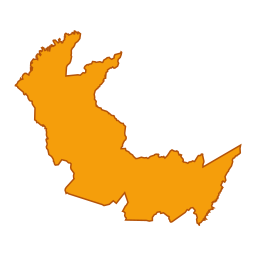 the district of Nossa Senhora do Livramento, Mato Grosso, Brazil, rotated 180°
{"feature_id": "56859067B77677345991641", "entity_name": "Nossa Senhora do Livramento", "entity_type": "district", "adm_level": 2, "iso_a3": "BRA", "parent_name": "Brazil", "parent_adm1": "Mato Grosso", "projection": "natural_earth1", "projection_center": [-56.488, -15.933], "detail": "fine", "context": "isolated", "style": "filled", "palette": "amber", "viewbox_px": 256, "rotation_deg": 180, "n_neighbors": 0, "source": "geoboundaries", "source_scale": "gbopen_adm2", "svg_char_len": 5840}
<svg xmlns="http://www.w3.org/2000/svg" viewBox="0 0 256 256"><g transform="rotate(180 128 128)"><path d="M225.1,185.9L226.2,183.4L226.9,182.9L227.2,181.0L230.0,182.7L231.3,182.6L232.7,181.5L233.8,179.3L233.2,176.9L234.5,176.5L235.4,177.6L235.9,175.8L237.8,174.5L238.8,172.3L240.5,170.9L240.6,170.3L238.9,169.8L238.2,169.2L238.2,168.5L232.6,163.8L232.3,162.0L231.9,161.5L231.3,161.3L230.2,162.3L229.6,161.2L228.5,160.4L227.7,157.5L226.9,156.1L226.2,155.3L223.9,154.7L223.8,152.5L223.4,151.5L221.0,148.0L221.3,136.1L219.9,135.4L219.1,133.4L218.1,133.6L215.2,131.0L214.0,130.8L213.6,130.1L212.9,131.0L212.2,130.6L212.2,129.9L211.7,129.9L210.8,129.1L211.0,127.5L209.6,127.4L209.8,125.3L209.4,124.0L209.6,121.0L208.9,118.7L208.0,117.8L208.3,117.0L208.9,117.4L209.6,117.0L209.9,116.5L209.7,115.1L208.8,112.4L208.9,111.1L209.7,109.2L209.3,107.6L208.1,106.2L207.1,101.5L204.4,99.5L203.0,97.3L202.6,96.4L202.5,94.5L201.9,93.9L201.5,92.1L201.0,91.2L200.4,90.9L197.7,91.3L194.2,96.3L189.5,95.1L187.5,93.2L185.8,93.0L184.9,92.1L185.3,88.5L185.0,87.0L181.9,82.7L182.5,80.3L182.3,78.0L181.9,77.3L189.7,68.7L190.7,67.1L190.9,65.7L189.9,62.6L189.0,63.3L187.3,62.2L153.3,51.3L152.6,50.6L151.7,50.5L146.7,51.7L142.7,55.2L139.7,52.7L131.3,63.3L128.0,53.6L129.7,50.7L130.7,49.8L133.4,44.7L132.6,44.6L130.9,43.1L131.3,40.3L130.6,38.8L129.9,38.3L129.8,37.2L130.4,36.0L109.5,35.6L106.7,34.9L103.6,35.5L103.6,38.7L101.6,41.4L100.0,41.9L99.1,43.5L98.6,43.8L96.0,44.3L95.3,42.6L92.5,43.2L88.4,40.0L87.0,39.4L87.1,37.2L86.3,36.0L85.9,34.5L85.1,33.9L83.9,34.3L70.8,43.6L68.8,46.4L67.3,45.7L65.3,48.0L63.2,48.4L60.9,45.7L61.1,44.7L62.2,43.3L62.1,42.7L59.7,41.7L58.7,38.2L59.4,36.8L58.9,33.0L57.7,32.4L57.2,31.2L56.7,31.0L56.7,32.8L55.0,33.6L53.2,35.8L52.3,35.8L52.4,36.6L51.4,36.2L51.7,37.3L49.9,37.0L51.1,38.5L50.6,39.0L50.8,39.6L49.7,40.9L48.7,41.0L49.3,42.0L49.1,42.7L48.2,42.6L47.8,43.1L48.0,44.0L46.4,44.0L47.2,45.6L45.8,46.0L45.3,46.6L43.3,46.7L43.7,47.7L42.3,48.1L44.1,49.1L44.4,50.6L43.4,52.2L43.9,53.4L42.9,54.2L42.4,53.9L42.3,54.5L41.1,54.2L40.4,54.5L40.7,55.5L39.5,55.5L39.6,56.7L38.6,57.2L38.8,57.7L38.1,57.9L38.0,58.6L38.4,59.2L37.0,61.1L37.3,62.3L36.8,63.0L36.0,63.1L36.0,64.1L35.1,64.7L35.2,65.4L34.6,66.0L34.7,66.8L33.8,67.3L34.1,67.9L33.2,68.5L35.1,70.8L33.8,73.3L33.9,74.2L33.0,75.0L32.4,74.7L31.9,74.0L31.3,73.9L30.2,75.8L31.0,79.4L28.8,83.5L27.4,85.1L27.4,85.9L24.5,90.1L23.3,94.3L23.7,95.9L23.2,97.1L22.7,97.8L21.5,98.2L20.4,100.0L19.1,100.2L18.9,100.7L17.1,101.8L15.7,103.1L16.0,107.6L15.4,110.9L53.0,89.0L53.0,91.5L52.1,94.1L52.2,95.2L53.4,100.7L53.3,101.7L53.9,102.0L54.7,101.8L55.0,101.1L56.1,100.3L57.0,100.6L58.0,100.0L61.4,94.5L63.4,95.1L64.6,94.3L66.8,94.0L68.2,92.7L69.7,93.4L72.6,94.0L73.2,94.8L72.7,95.2L72.9,96.8L75.1,99.4L74.5,101.0L75.9,101.5L76.3,100.9L77.0,101.1L78.0,104.3L79.2,105.1L79.7,104.6L82.0,105.0L84.0,106.1L85.6,105.0L88.6,100.4L91.1,97.9L92.2,99.5L92.8,98.9L94.3,99.3L96.3,98.6L96.9,98.8L97.7,100.0L97.3,101.4L98.0,101.9L98.7,101.6L99.8,101.9L101.3,101.4L101.7,100.8L105.7,99.5L107.8,97.6L108.4,97.6L109.4,98.4L111.7,98.1L114.7,98.8L118.3,97.6L120.2,97.4L122.6,99.7L123.4,101.0L125.8,102.5L127.3,104.2L130.1,105.5L130.6,107.5L134.9,107.3L134.6,108.7L133.5,109.9L133.4,111.7L132.4,113.8L131.5,115.4L130.3,116.3L129.8,117.9L130.0,119.3L131.0,120.6L131.3,122.9L130.5,129.6L132.2,131.1L132.8,132.6L134.1,132.6L135.7,133.4L138.2,135.6L139.3,135.6L139.7,137.0L141.0,137.8L142.1,140.3L144.4,140.6L146.7,142.7L147.4,142.5L147.5,143.2L149.2,144.6L153.8,146.1L154.4,146.4L155.0,147.9L156.9,148.3L159.6,149.9L159.2,150.5L159.9,150.9L160.1,152.5L159.8,154.7L161.5,156.8L161.3,158.7L161.8,161.7L160.8,165.4L159.0,167.3L158.3,167.5L157.6,169.0L156.4,169.4L156.0,171.1L154.7,171.8L152.2,174.9L152.2,175.8L152.7,175.9L152.2,176.8L151.6,177.7L150.4,177.8L150.3,179.2L151.0,179.8L150.8,180.7L150.2,180.6L149.9,183.5L148.4,184.6L148.5,186.1L145.4,188.2L144.7,188.0L143.3,189.1L142.3,188.0L141.2,187.9L138.4,189.9L137.4,192.8L138.2,194.6L137.8,196.6L135.8,198.6L134.8,201.4L134.4,203.7L134.9,204.1L135.1,203.3L136.0,202.7L141.0,201.4L141.9,199.7L141.8,198.2L144.3,196.7L146.2,197.8L146.7,198.6L148.9,198.3L149.3,197.7L152.2,195.9L153.2,193.7L153.9,193.5L156.1,194.3L160.0,193.6L160.8,194.2L163.4,194.5L164.4,192.3L167.1,191.7L167.5,191.1L168.3,191.4L169.2,191.2L171.0,189.7L171.7,188.4L171.7,187.7L170.1,186.1L170.4,183.6L171.3,183.0L173.0,183.3L175.7,180.8L178.1,181.2L190.1,180.0L189.5,189.0L188.7,190.7L186.2,193.0L185.4,194.8L184.7,197.9L184.4,199.5L185.0,200.8L184.6,202.4L184.7,205.7L183.6,208.0L182.8,208.5L181.6,210.3L180.7,212.8L178.2,214.7L176.2,217.4L175.5,222.2L177.4,223.6L178.1,222.3L178.5,222.9L178.3,223.8L179.7,223.5L180.4,224.6L181.6,225.0L181.8,224.3L181.4,222.2L181.9,222.0L183.2,223.4L183.8,223.4L184.2,222.2L187.2,220.9L187.6,221.9L188.5,221.7L190.1,222.7L191.0,222.0L191.2,221.4L190.9,220.8L191.5,219.8L190.7,219.2L191.0,218.5L191.6,218.1L191.4,216.3L192.6,215.4L193.4,213.3L194.1,213.1L194.7,214.3L195.9,214.3L196.4,214.8L195.9,216.7L196.4,217.3L197.4,216.3L196.8,214.2L197.9,213.1L200.8,215.9L202.6,215.7L202.9,215.2L200.9,211.7L200.9,210.9L202.5,209.8L203.1,210.7L204.4,211.1L203.9,209.6L204.6,209.4L205.1,210.1L205.9,210.1L206.4,209.6L205.7,209.1L206.4,205.1L206.9,205.2L206.9,208.3L207.3,208.7L208.1,208.7L208.5,208.1L208.6,206.3L209.4,207.6L209.9,207.4L210.0,206.3L210.3,205.7L211.3,205.5L212.1,207.9L213.5,208.7L214.4,208.2L213.5,207.1L214.0,204.8L214.5,204.5L215.4,205.3L216.5,205.0L216.5,203.4L215.1,201.4L215.6,200.6L217.1,202.0L218.5,202.0L219.7,200.4L219.7,199.8L219.1,199.9L219.1,199.2L219.8,198.9L218.6,198.0L218.3,197.3L218.4,196.4L219.5,197.0L221.8,196.6L222.6,197.0L224.7,194.2L223.7,193.2L224.1,192.8L225.2,193.0L225.4,190.0L223.5,188.4L224.0,185.7L224.8,185.2L225.1,185.9ZM225.1,185.9L224.6,187.8L225.4,188.1L225.4,186.5L225.1,185.9Z" fill="#f59e0b" stroke="#b45309" stroke-width="1.5"/></g></svg>